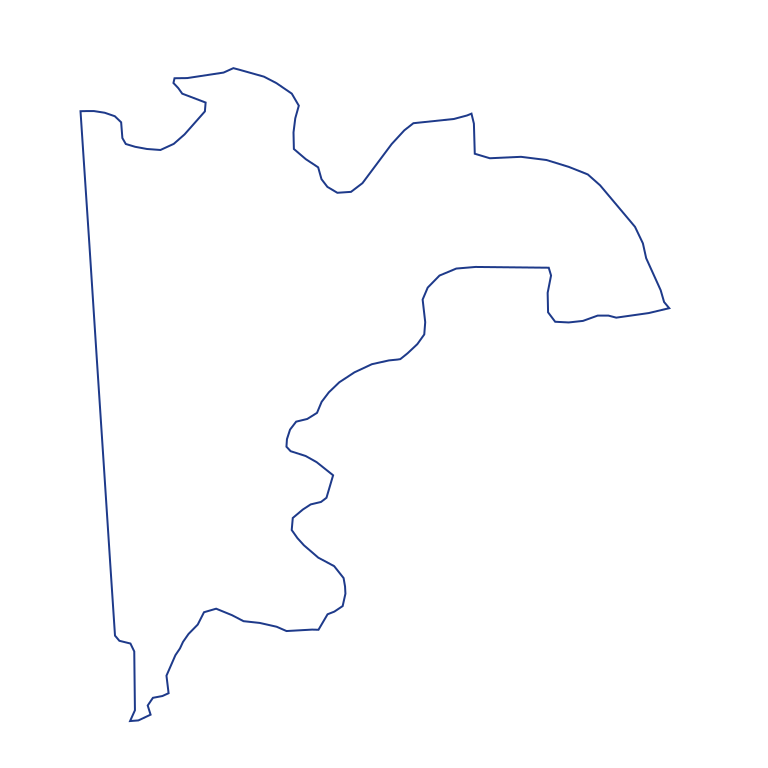 Sissili, Equal Earth projection, rotated 87°
{"feature_id": "BFA-2820", "entity_name": "Sissili", "entity_type": "Province", "adm_level": 1, "iso_a3": "BFA", "parent_name": "Burkina Faso", "parent_adm1": "", "projection": "equal_earth", "projection_center": [-2.182, 11.448], "detail": "fine", "context": "isolated", "style": "outline", "palette": "blue", "viewbox_px": 768, "rotation_deg": 87, "n_neighbors": 0, "source": "natural_earth", "source_scale": "10m", "svg_char_len": 1899}
<svg xmlns="http://www.w3.org/2000/svg" viewBox="0 0 768 768"><g transform="rotate(87 384 384)"><path d="M707.3,655.2L702.6,652.8L696.8,649.8L638.0,647.4L629.9,650.8L626.6,661.7L621.2,665.8L548.9,666.8L447.2,668.1L342.6,669.5L230.1,670.9L139.3,672.2L95.7,672.8L95.7,672.7L95.9,666.2L96.3,659.2L98.5,648.7L102.5,638.8L108.9,632.8L124.7,632.4L130.8,629.3L134.1,620.1L136.9,608.4L138.6,595.0L133.2,581.4L124.3,570.1L102.4,548.6L93.6,547.4L83.5,570.3L77.7,574.0L72.4,578.5L67.7,577.2L68.2,564.5L64.6,527.9L60.7,517.9L62.6,512.0L70.8,487.8L77.9,475.7L89.2,460.9L101.6,454.5L114.0,458.7L128.0,461.2L144.6,461.7L155.4,450.3L164.2,438.4L176.2,435.7L184.2,430.2L190.6,420.6L190.4,406.9L182.3,395.0L144.8,363.8L131.7,350.4L125.1,341.0L123.0,300.4L120.2,287.1L118.6,282.5L128.7,280.6L158.8,281.3L164.1,266.5L164.3,235.3L168.8,210.1L176.9,188.0L185.4,169.5L196.9,157.8L240.2,125.1L257.1,118.1L272.1,115.6L304.8,102.8L316.8,100.0L323.2,95.2L327.0,115.8L329.9,148.6L327.4,156.4L326.9,167.1L331.4,182.0L332.2,196.3L330.8,209.8L321.0,216.4L301.5,215.8L284.4,211.5L276.5,213.4L271.9,286.5L272.5,305.8L278.6,322.9L290.0,335.3L301.7,341.0L324.4,339.6L336.6,341.2L345.9,348.6L354.6,358.9L360.0,366.4L360.3,369.3L360.7,377.8L363.6,395.1L370.8,412.9L379.9,428.5L389.4,439.5L398.5,447.2L409.3,452.4L414.9,462.5L417.0,473.7L424.6,480.2L434.0,483.8L441.5,484.7L446.2,480.8L451.8,466.0L458.5,455.4L472.5,439.6L494.6,447.4L498.5,453.1L500.4,463.5L505.1,471.6L513.0,482.1L525.0,483.8L533.4,478.5L540.9,472.4L554.0,458.7L563.3,443.3L575.7,434.5L584.2,433.5L591.4,433.5L603.6,436.9L608.7,445.5L611.0,452.4L626.0,462.3L625.5,468.7L625.6,494.3L620.8,503.9L616.1,520.6L613.5,536.7L606.9,547.9L599.6,563.4L602.5,575.7L614.5,582.6L623.4,592.3L631.0,598.2L637.4,601.6L643.9,606.5L663.9,616.5L681.5,615.3L684.0,621.6L685.3,631.2L692.7,636.8L702.0,634.4L707.1,646.9L707.3,655.2Z" fill="none" stroke="#1e3a8a" stroke-width="2"/></g></svg>